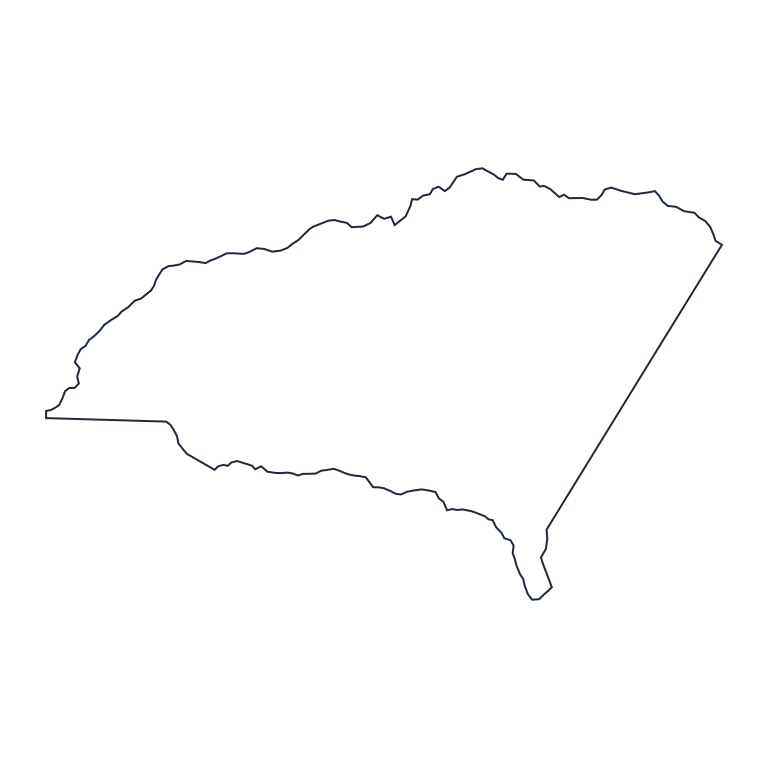 Pedro Osório, Rio Grande do Sul, Brazil
{"feature_id": "56859067B23145775816716", "entity_name": "Pedro Osório", "entity_type": "district", "adm_level": 2, "iso_a3": "BRA", "parent_name": "Brazil", "parent_adm1": "Rio Grande do Sul", "projection": "robinson", "projection_center": [-52.904, -31.981], "detail": "fine", "context": "isolated", "style": "outline", "palette": "slate", "viewbox_px": 768, "rotation_deg": 0, "n_neighbors": 0, "source": "geoboundaries", "source_scale": "gbopen_adm2", "svg_char_len": 2580}
<svg xmlns="http://www.w3.org/2000/svg" viewBox="0 0 768 768"><path d="M721.9,244.9L715.5,240.7L713.2,233.8L710.2,227.0L705.2,221.0L698.7,217.3L694.5,212.8L684.1,211.2L675.8,206.7L667.9,206.0L662.6,201.5L659.1,195.7L654.8,191.1L649.1,192.3L634.9,194.2L620.9,190.8L611.3,187.6L604.7,189.5L601.9,194.6L597.1,199.6L591.6,199.8L582.7,198.0L568.9,198.2L564.1,194.7L559.3,197.1L550.4,189.2L544.4,186.0L539.7,186.5L533.9,180.5L523.2,179.6L515.8,173.9L506.6,173.7L502.8,179.8L498.2,178.1L494.2,174.8L482.4,168.3L475.8,169.2L464.1,174.5L456.9,176.7L449.6,187.6L444.8,191.1L438.6,186.7L432.9,189.0L429.9,194.2L423.3,195.5L417.6,199.6L412.1,199.2L410.4,206.0L405.6,216.4L394.7,225.1L391.0,216.7L384.1,218.8L377.3,215.2L370.6,222.9L363.1,226.5L351.6,227.2L347.0,222.9L340.0,221.5L334.4,220.0L328.3,220.7L322.7,223.0L317.2,225.1L313.1,226.7L309.5,229.2L304.3,234.1L298.7,239.8L292.0,244.2L287.2,248.0L280.6,250.6L272.3,251.7L264.4,249.0L256.8,248.2L249.3,252.0L244.0,253.9L238.8,253.6L232.5,253.2L226.4,253.4L221.3,256.0L215.1,258.8L210.5,260.5L205.5,263.1L199.3,262.1L193.1,261.5L186.1,261.0L179.6,264.5L173.0,265.7L168.5,266.1L162.5,269.4L158.6,275.4L155.8,280.3L154.0,285.8L151.0,290.6L146.9,293.8L140.9,298.7L134.8,300.6L128.2,307.2L121.6,311.5L117.9,315.9L111.5,319.7L104.5,324.6L99.4,331.1L94.3,336.0L89.0,340.0L85.6,345.8L80.8,349.1L77.8,354.4L74.9,362.2L79.7,368.3L77.2,376.6L78.8,383.6L74.6,387.9L69.3,388.0L65.2,391.0L62.2,398.8L59.1,405.1L54.7,408.0L50.8,410.0L46.1,411.0L46.1,418.1L166.2,421.6L170.5,424.9L173.7,429.9L177.0,436.1L178.4,443.4L183.9,450.4L187.1,454.0L214.6,469.8L218.2,466.3L223.2,464.9L227.8,465.8L231.3,462.5L237.0,461.0L241.8,462.5L247.0,464.1L252.0,465.7L255.2,469.3L261.2,466.3L267.4,471.7L275.7,473.0L281.6,473.1L287.1,472.6L292.1,473.3L298.2,475.5L302.7,473.9L309.0,473.8L315.6,473.6L321.2,470.7L327.8,469.8L333.7,468.8L339.0,470.6L344.8,473.1L349.8,474.7L355.3,475.7L359.6,476.1L365.8,477.3L369.9,482.8L373.1,487.2L379.3,487.4L384.1,488.3L390.4,491.0L395.8,493.8L400.9,494.5L406.8,491.8L413.5,490.5L421.9,489.4L428.7,490.5L435.6,492.1L438.8,498.4L443.4,501.8L447.1,510.3L452.5,509.0L456.7,510.0L462.4,509.4L467.0,510.3L471.3,511.1L476.1,512.8L480.2,514.4L484.8,516.2L488.5,519.3L492.6,520.1L496.2,527.4L501.5,532.8L504.3,538.2L510.5,540.3L513.6,545.5L512.7,553.3L514.8,559.0L516.6,565.8L520.0,574.2L523.2,579.0L524.8,586.1L527.8,594.1L532.1,599.7L539.1,599.2L543.6,594.8L548.2,590.8L551.8,587.3L549.1,579.9L545.9,571.5L542.7,563.2L541.0,557.3L545.9,548.9L547.3,538.6L546.6,529.6L661.8,342.3L721.9,244.9Z" fill="none" stroke="#1e293b" stroke-width="2"/></svg>